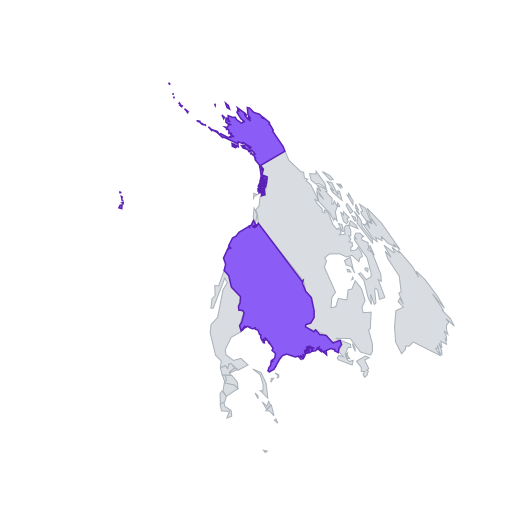 location of United States of America within North America, rotated 53°
{"feature_id": "USA", "entity_name": "United States of America", "entity_type": "country or territory", "adm_level": 0, "iso_a3": "USA", "parent_name": "North America", "parent_adm1": "", "projection": "robinson", "projection_center": [-126.716, 45.186], "detail": "fine", "context": "in_parent", "style": "filled", "palette": "violet", "viewbox_px": 512, "rotation_deg": 53, "n_neighbors": 17, "source": "natural_earth", "source_scale": "50m", "svg_char_len": 13570}
<svg xmlns="http://www.w3.org/2000/svg" viewBox="0 0 512 512"><g transform="rotate(53 256 256)"><path d="M231.0,234.5L223.7,229.8L218.9,228.4L217.9,223.5L211.2,217.1L212.6,211.9L199.6,199.5L194.6,202.4L186.5,197.9L189.7,169.7L199.3,172.1L215.6,169.5L217.7,167.5L222.9,170.4L225.8,168.4L226.1,170.6L232.2,169.4L246.0,172.0L249.2,173.5L246.2,175.0L250.3,175.6L258.1,174.8L260.7,176.5L262.9,175.0L260.4,173.8L261.7,172.8L266.1,172.4L277.1,175.7L283.8,175.3L283.1,173.5L284.9,173.0L288.6,174.0L289.3,176.8L292.1,171.6L286.4,168.6L285.7,165.5L287.6,163.5L293.1,165.2L297.0,168.3L295.6,169.7L299.8,170.3L300.7,173.3L302.9,171.0L306.2,172.9L306.2,175.1L309.0,177.1L311.4,172.4L310.4,169.2L316.9,169.8L320.4,171.3L320.1,174.3L322.5,177.3L313.2,178.9L311.4,184.2L304.7,187.8L298.5,196.1L298.8,202.2L302.5,202.7L306.1,208.1L332.8,214.3L334.8,220.4L342.4,227.2L344.5,222.8L339.4,215.9L345.7,209.9L338.4,202.7L340.1,199.3L335.5,191.7L345.4,191.4L357.2,195.6L360.7,202.2L365.7,204.6L370.2,197.8L382.8,208.5L382.7,210.5L396.4,216.0L402.3,220.4L404.1,224.1L395.4,230.4L378.7,230.4L369.7,241.8L383.3,233.7L386.2,235.3L384.4,237.6L388.0,243.7L392.1,245.4L396.4,244.9L397.8,241.1L400.9,244.8L388.3,252.8L386.2,252.5L385.3,249.6L389.2,246.9L382.0,247.4L378.3,240.9L374.1,239.7L370.3,247.8L361.2,247.8L343.0,259.1L340.8,258.1L342.5,252.7L340.1,246.7L322.5,236.8L313.9,237.4L304.8,233.2L231.0,234.5ZM321.4,191.3L322.7,189.9L325.9,189.9L323.9,192.2L321.4,191.3ZM319.1,161.1L315.8,158.6L326.5,161.0L321.9,160.9L319.1,161.1ZM332.6,193.9L331.1,191.5L332.9,192.2L332.6,193.9ZM288.2,155.1L287.4,156.1L281.7,155.2L285.0,153.4L288.2,155.1ZM285.1,148.6L280.5,148.6L279.7,147.8L283.6,147.9L285.1,148.6ZM274.5,145.2L280.8,146.4L278.0,147.8L274.5,145.2ZM316.3,155.2L290.7,155.5L286.2,151.7L279.4,150.6L290.3,150.5L296.4,153.5L312.5,153.2L316.3,155.2ZM247.9,147.3L253.5,147.4L246.5,148.1L247.9,147.3ZM249.9,145.3L253.6,145.9L248.1,146.4L249.9,145.3ZM405.4,226.8L404.4,231.8L413.8,233.7L413.9,236.1L415.5,235.5L418.2,239.4L418.2,242.3L415.0,241.8L413.7,238.6L411.6,241.5L408.4,239.0L400.5,239.1L401.7,228.8L405.4,226.8ZM313.8,181.3L325.6,186.6L329.2,187.4L321.8,186.3L317.3,189.5L312.8,188.0L313.8,181.3ZM318.0,163.1L323.3,161.2L345.8,167.4L351.7,171.2L348.4,172.6L366.7,178.0L365.0,183.5L356.5,179.4L353.7,179.8L354.3,181.5L365.6,188.4L365.8,190.7L355.5,187.4L364.2,192.9L357.2,191.7L340.3,184.5L331.8,184.8L332.5,182.6L341.3,182.2L341.8,176.8L339.3,174.5L324.3,168.4L303.0,167.7L300.8,166.7L302.6,165.5L299.5,165.5L297.8,162.7L300.3,159.1L305.3,158.3L304.5,160.1L306.9,161.8L312.6,158.5L317.5,161.3L318.0,163.1ZM284.6,159.3L291.4,157.5L295.6,158.2L287.0,163.1L284.6,159.3ZM228.5,152.2L235.7,148.7L241.3,148.3L239.9,151.1L228.5,152.2ZM204.6,220.0L208.0,217.7L207.1,221.4L209.3,224.0L204.6,220.0ZM261.1,144.1L270.4,145.4L273.4,147.7L262.3,146.5L264.0,145.7L261.1,144.1ZM229.3,236.1L223.6,235.1L216.5,228.6L223.3,230.2L229.3,236.1ZM224.5,157.0L239.6,157.3L244.1,159.2L236.6,161.9L234.2,165.0L228.6,166.3L222.5,163.7L226.6,158.7L224.5,157.0ZM254.7,150.5L263.2,153.8L250.5,156.6L247.0,155.8L251.1,154.6L239.1,154.5L243.3,151.3L256.4,153.8L253.1,151.4L254.7,150.5ZM259.0,160.3L265.5,161.4L268.5,166.1L276.7,170.1L273.2,170.3L274.3,172.5L266.3,171.2L250.4,173.1L241.2,168.9L251.7,167.8L239.8,167.3L238.6,166.3L243.5,165.2L236.4,164.5L244.8,159.7L247.0,160.2L246.1,161.5L255.9,160.6L260.2,164.3L261.1,163.1L259.0,160.3ZM275.9,161.4L273.2,159.5L281.5,158.4L280.7,160.6L284.2,161.8L284.6,164.2L281.4,165.3L271.7,161.9L275.9,161.4ZM262.5,158.9L265.3,158.8L267.0,159.4L265.5,161.2L262.5,158.9ZM268.9,151.6L278.6,151.8L278.9,155.0L269.6,153.6L268.9,151.6ZM277.0,142.1L283.9,139.8L298.4,144.1L293.6,146.7L286.1,146.6L283.6,145.5L284.5,143.9L277.0,142.1ZM284.8,138.5L305.4,136.0L337.5,137.1L329.0,139.3L333.0,139.3L325.4,142.9L315.4,144.1L318.2,144.4L317.2,144.9L319.5,146.1L313.1,149.4L317.4,150.5L313.0,152.0L294.8,151.3L297.4,149.5L295.5,147.7L302.4,148.6L295.5,146.5L299.8,144.0L295.2,141.9L304.4,141.4L293.6,141.3L284.8,138.5ZM335.9,176.3L332.4,177.3L331.2,175.9L333.3,173.9L335.9,176.3ZM282.6,168.4L289.0,171.5L287.9,172.5L279.7,170.6L282.6,168.4ZM384.0,231.6L388.6,232.1L392.0,234.1L387.0,233.1L384.0,231.6ZM388.4,241.0L389.9,242.7L394.4,243.0L392.6,244.6L388.8,243.2L388.4,241.0Z" fill="#d9dde1" stroke="#a8b0b8" stroke-width="1"/><path d="M384.1,334.1L384.6,339.8L376.3,338.8L382.5,337.7L379.7,333.4L384.1,334.1Z" fill="#d9dde1" stroke="#a8b0b8" stroke-width="1"/><path d="M385.6,341.3L384.4,333.5L394.5,337.8L387.6,338.5L385.6,341.3Z" fill="#d9dde1" stroke="#a8b0b8" stroke-width="1"/><path d="M360.8,311.1L363.8,309.7L364.0,310.6L360.8,311.1ZM363.9,309.0L366.4,310.6L366.1,313.0L365.4,310.8L363.9,309.0ZM362.9,317.4L364.3,315.4L365.7,320.2L362.9,317.4Z" fill="#d9dde1" stroke="#a8b0b8" stroke-width="1"/><path d="M364.7,137.1L376.9,135.2L397.4,135.3L411.0,136.9L392.6,137.9L411.9,138.9L411.7,140.0L422.8,138.5L431.4,139.8L420.5,142.0L425.0,142.1L425.9,145.5L429.7,148.3L434.2,150.0L429.1,150.9L434.5,152.2L437.9,154.4L436.0,154.6L441.2,157.0L435.4,159.7L441.3,162.8L435.6,162.4L443.7,164.8L446.8,167.0L443.5,167.5L436.5,164.9L439.1,166.8L438.1,168.2L447.0,168.5L419.3,182.2L420.2,188.2L418.0,190.6L420.5,193.0L421.7,198.6L408.5,196.2L395.6,187.7L383.8,177.1L385.6,169.0L377.9,170.0L376.3,166.6L383.2,167.3L371.5,164.3L372.0,161.7L358.3,153.7L337.3,152.3L329.8,149.9L338.3,149.0L324.4,147.3L336.5,143.9L336.5,143.0L330.8,142.1L339.3,139.7L337.7,138.8L358.6,137.4L371.1,139.0L364.7,137.1Z" fill="#d9dde1" stroke="#a8b0b8" stroke-width="1"/><path d="M248.4,290.2L255.3,289.6L266.1,294.3L279.1,292.9L287.0,301.4L293.5,299.6L301.9,311.3L307.6,313.0L306.0,324.7L312.4,337.1L316.9,339.4L325.8,336.9L328.7,329.7L338.2,327.8L336.5,339.0L327.2,340.6L325.9,342.5L329.1,346.5L325.2,346.5L324.0,351.8L318.9,347.0L310.9,348.0L289.9,338.9L283.8,333.3L281.9,323.6L263.0,302.5L260.0,294.9L254.8,294.1L271.9,321.6L270.6,323.5L263.6,316.9L263.1,312.5L254.8,306.7L257.4,303.8L248.4,290.2Z" fill="#d9dde1" stroke="#a8b0b8" stroke-width="1"/><path d="M369.4,371.8L367.9,376.8L364.1,370.7L358.9,376.8L352.9,373.9L352.5,369.1L357.1,371.5L364.3,368.8L369.4,371.8Z" fill="#d9dde1" stroke="#a8b0b8" stroke-width="1"/><path d="M353.7,368.8L352.5,373.4L344.3,367.5L343.3,364.2L350.2,364.1L353.7,368.8Z" fill="#d9dde1" stroke="#a8b0b8" stroke-width="1"/><path d="M350.2,364.1L344.0,363.6L337.9,357.3L345.9,350.9L351.1,350.2L350.2,364.1Z" fill="#d9dde1" stroke="#a8b0b8" stroke-width="1"/><path d="M351.1,350.2L345.9,350.9L338.9,357.1L332.6,352.2L336.8,347.2L345.4,346.8L351.1,350.2Z" fill="#d9dde1" stroke="#a8b0b8" stroke-width="1"/><path d="M332.6,352.2L337.6,354.4L337.1,356.5L330.5,354.5L332.6,352.2Z" fill="#d9dde1" stroke="#a8b0b8" stroke-width="1"/><path d="M324.0,351.8L325.2,346.5L329.1,346.5L325.9,342.5L327.2,340.6L332.7,340.6L332.8,347.2L335.8,347.7L332.6,352.2L330.5,354.5L324.0,351.8Z" fill="#d9dde1" stroke="#a8b0b8" stroke-width="1"/><path d="M332.7,340.6L335.7,338.7L333.7,347.2L332.8,347.2L332.7,340.6Z" fill="#d9dde1" stroke="#a8b0b8" stroke-width="1"/><path d="M398.1,338.2L402.7,339.2L398.1,340.1L398.1,338.2Z" fill="#d9dde1" stroke="#a8b0b8" stroke-width="1"/><path d="M364.8,339.2L369.0,338.6L371.2,340.3L364.8,339.2Z" fill="#d9dde1" stroke="#a8b0b8" stroke-width="1"/><path d="M351.9,322.2L363.7,324.5L376.6,332.1L366.1,333.6L368.0,331.7L362.8,327.6L353.5,324.1L344.2,326.6L351.9,322.2Z" fill="#d9dde1" stroke="#a8b0b8" stroke-width="1"/><path d="M415.6,367.0L418.6,364.4L418.6,366.9L415.6,367.0Z" fill="#d9dde1" stroke="#a8b0b8" stroke-width="1"/><path d="M361.6,247.8L371.8,246.9L374.0,239.6L378.2,240.9L379.6,245.4L382.7,248.4L379.0,250.3L378.1,249.3L374.8,252.3L373.8,256.9L377.4,259.1L374.2,259.7L373.3,258.7L373.3,260.1L369.5,260.4L367.0,262.2L367.1,261.2L366.7,260.5L366.4,263.0L367.4,263.4L367.5,265.5L366.1,268.1L363.7,266.5L364.6,264.8L363.4,266.0L364.3,267.8L365.4,268.9L365.7,270.1L364.1,274.5L364.3,271.7L361.9,269.1L362.7,266.4L360.9,267.2L362.3,271.3L360.2,270.0L359.6,270.2L360.0,268.9L359.9,268.5L359.4,269.5L359.5,270.4L362.7,271.9L360.1,271.0L362.7,273.0L361.5,273.2L363.1,274.8L362.8,275.0L362.1,274.2L360.2,273.8L362.7,275.3L364.0,275.3L366.1,279.0L364.3,276.1L365.1,278.0L362.4,277.6L365.4,278.9L364.5,280.6L362.0,280.0L363.6,280.9L362.5,281.7L364.1,282.3L361.4,282.7L360.3,285.4L352.8,290.5L351.5,295.0L352.8,299.6L357.3,309.8L356.6,315.2L354.8,315.5L352.8,312.6L352.2,310.2L349.3,307.4L350.1,306.2L348.8,306.3L349.0,302.7L345.6,299.1L341.0,300.0L339.9,297.9L335.3,297.7L335.8,296.9L335.1,297.7L333.0,298.1L332.8,296.5L332.6,297.6L326.2,297.9L329.0,298.7L328.2,300.2L330.4,301.6L329.4,302.4L327.0,300.5L327.0,302.0L323.8,301.3L321.9,299.5L320.9,300.4L316.2,299.0L313.7,301.0L314.3,300.4L312.8,299.9L312.3,302.4L309.6,304.1L308.4,303.3L309.1,304.2L307.0,305.2L306.3,308.0L305.4,307.6L306.9,313.0L301.7,311.0L300.3,307.3L294.4,299.8L291.5,299.4L289.0,302.3L285.6,300.3L283.9,296.9L279.2,292.8L266.1,294.4L255.3,289.6L248.4,290.2L244.3,285.2L238.1,283.2L232.7,273.1L233.9,273.3L233.2,271.5L235.4,271.4L231.3,271.6L227.5,263.9L228.1,259.8L226.8,255.2L228.1,243.8L230.2,244.0L227.9,243.6L228.5,241.3L226.1,236.6L231.3,237.4L230.4,239.9L231.9,238.1L231.9,240.2L230.7,240.7L231.5,240.8L232.4,239.9L232.7,237.8L231.2,234.5L304.1,234.5L303.9,233.2L305.7,235.3L314.3,237.6L322.5,236.8L335.0,242.7L340.1,246.7L342.5,252.7L340.7,257.5L342.3,259.1L351.5,255.3L350.7,253.0L351.5,252.6L357.0,252.5L361.6,247.8ZM212.5,212.0L211.1,215.5L209.9,214.3L210.7,213.8L210.0,211.3L208.1,212.0L207.2,213.0L208.7,210.9L205.7,208.2L204.1,207.9L203.7,206.4L205.0,206.6L204.0,205.8L204.9,205.6L202.9,205.0L203.3,203.6L201.1,203.8L199.8,200.7L200.3,204.5L198.3,204.0L197.9,201.9L197.6,202.8L195.8,201.9L197.9,203.8L196.6,204.5L189.1,200.3L189.9,199.0L190.4,200.1L191.2,199.4L190.1,198.8L187.7,199.8L185.4,198.5L178.8,198.8L177.1,197.8L177.7,196.8L176.3,197.7L173.2,196.6L173.9,195.4L169.2,195.6L168.2,197.4L169.8,197.4L168.4,198.9L166.1,198.5L162.0,201.3L159.5,201.2L162.0,199.6L160.0,199.6L161.9,196.6L167.3,196.2L165.1,195.3L166.8,194.3L157.5,198.0L158.2,198.9L154.0,201.6L155.6,202.8L141.8,210.2L141.4,211.4L133.5,212.8L128.3,215.3L133.3,211.9L136.7,212.2L137.0,210.6L144.9,206.8L144.9,205.1L146.1,204.6L145.4,203.9L147.6,201.6L143.9,203.3L143.3,202.5L144.4,202.1L142.6,202.1L141.9,203.9L138.9,201.9L134.3,203.2L135.8,201.7L134.9,198.0L136.4,196.8L134.2,198.0L134.3,198.9L130.9,199.5L128.1,197.2L129.7,196.1L132.0,197.1L132.6,196.1L129.0,196.0L129.7,195.5L127.1,193.8L131.3,191.2L132.7,189.0L135.2,189.5L141.2,187.6L141.5,185.8L140.5,185.2L142.2,184.1L137.7,185.4L129.9,184.8L128.7,183.0L130.6,182.7L126.5,181.6L135.7,178.8L137.3,178.8L137.5,178.9L136.3,179.9L136.9,180.3L143.1,180.0L141.4,179.5L140.1,177.9L140.7,177.8L142.0,179.2L145.1,179.3L141.6,178.5L142.2,177.6L138.2,177.3L132.2,173.6L134.0,172.1L140.1,171.3L144.8,167.9L148.8,167.2L149.1,168.1L150.3,167.4L148.9,167.1L149.9,166.7L157.4,164.9L159.0,165.7L158.0,166.5L160.4,165.8L165.9,166.5L166.3,167.6L185.0,168.5L189.7,169.9L186.4,197.9L191.1,197.8L194.7,202.4L199.6,199.5L204.4,203.9L208.1,209.7L212.5,212.0ZM154.1,205.7L157.9,206.6L156.1,206.8L156.6,207.3L155.1,207.7L153.9,208.3L153.1,209.1L153.7,208.5L151.6,207.4L153.3,206.3L154.1,207.4L154.1,205.7ZM203.7,210.5L207.1,213.3L206.3,212.9L206.0,213.3L207.6,214.1L207.4,215.7L203.4,212.3L204.5,211.9L203.2,211.7L203.7,210.5ZM135.0,336.5L133.7,334.0L134.5,332.2L137.4,334.7L135.0,336.5ZM115.7,188.3L119.1,187.5L122.7,188.7L120.1,189.8L115.7,188.3ZM196.6,205.3L200.6,205.2L199.6,206.0L200.5,206.9L199.0,206.3L198.1,207.0L196.6,205.3ZM126.1,197.7L126.9,199.1L122.8,198.2L124.2,198.2L126.1,197.7ZM199.3,206.7L201.2,209.3L200.9,210.9L199.2,207.6L198.3,208.4L199.3,206.7ZM200.7,204.1L202.4,204.8L203.3,206.4L202.2,205.1L203.0,207.2L201.7,208.2L200.7,204.1ZM124.1,216.3L128.2,215.4L128.8,215.9L124.1,216.3ZM209.4,211.7L209.6,214.1L208.0,214.1L209.4,211.7ZM370.9,261.4L372.6,261.2L367.0,262.6L371.4,260.8L370.9,261.4ZM202.8,208.4L205.3,208.8L204.4,209.0L204.7,210.1L202.8,208.4ZM115.8,220.3L120.3,218.3L118.5,219.8L115.8,220.3ZM156.9,203.9L158.9,204.5L155.3,205.0L156.9,203.9ZM201.8,208.9L203.4,209.5L202.1,211.4L201.8,208.9ZM115.4,220.2L113.8,221.2L112.1,221.9L114.7,219.7L115.4,220.2ZM206.7,210.0L206.7,211.8L205.9,211.0L206.7,210.0ZM132.8,331.0L133.2,329.8L134.1,330.5L132.8,331.0ZM98.5,224.2L95.4,224.5L99.0,223.5L98.5,224.2ZM204.7,214.1L205.7,215.8L203.9,213.8L204.7,214.1ZM128.4,327.3L129.3,328.6L127.4,327.7L128.4,327.3ZM170.6,199.2L171.6,197.8L172.1,198.0L170.6,199.2ZM65.0,221.5L66.6,221.3L67.3,221.8L65.0,221.5ZM124.4,325.5L123.5,326.6L123.0,326.1L124.4,325.5ZM91.7,224.6L92.1,225.5L90.7,225.9L91.7,224.6ZM89.1,225.2L87.9,225.7L87.7,225.0L89.1,225.2ZM109.5,197.4L111.0,197.6L111.3,198.0L109.5,197.4ZM173.2,197.4L174.2,197.6L172.8,197.7L173.2,197.4ZM206.0,210.2L205.4,210.8L205.1,210.4L206.0,210.2ZM203.2,213.2L204.3,213.2L203.4,213.9L203.2,213.2ZM98.8,224.2L100.4,224.3L101.3,224.3L99.2,224.4L98.8,224.2ZM130.3,329.3L131.3,329.0L132.0,329.1L130.3,329.3ZM90.6,224.8L88.9,225.7L90.6,224.8ZM231.6,236.5L232.4,237.9L232.3,238.1L231.4,237.1L231.6,236.5ZM121.8,217.7L120.9,217.9L120.8,217.6L121.8,217.7ZM307.4,312.0L306.6,309.8L306.5,308.5L306.7,309.8L307.4,312.0ZM137.2,203.4L136.8,203.1L137.9,202.7L137.2,203.4ZM80.0,225.9L80.7,226.7L79.3,225.8L80.0,225.9ZM155.7,208.0L154.9,208.4L155.1,207.8L155.7,208.0ZM76.9,224.8L76.0,224.9L77.3,224.3L76.9,224.8ZM306.8,307.3L306.5,308.3L307.3,306.3L306.8,307.3ZM356.0,306.4L356.8,308.5L355.8,306.2L356.0,306.4ZM366.5,280.3L366.0,281.0L366.2,279.2L366.5,280.3ZM365.6,270.9L365.2,272.0L365.7,270.5L365.6,270.9Z" fill="#8b5cf6" stroke="#5b21b6" stroke-width="1.5"/></g></svg>